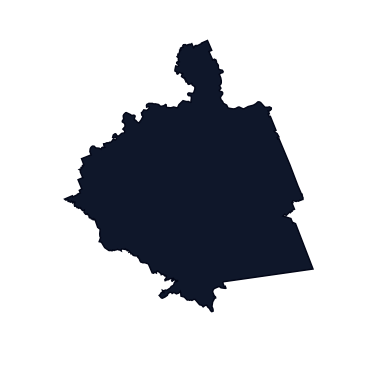 Wingecarribee, New South Wales, Australia, rotated 58°
{"feature_id": "25037944B71438306812596", "entity_name": "Wingecarribee", "entity_type": "district", "adm_level": 2, "iso_a3": "AUS", "parent_name": "Australia", "parent_adm1": "New South Wales", "projection": "mercator", "projection_center": [150.329, -34.491], "detail": "fine", "context": "isolated", "style": "filled", "palette": "ink", "viewbox_px": 384, "rotation_deg": 58, "n_neighbors": 0, "source": "geoboundaries", "source_scale": "gbopen_adm2", "svg_char_len": 6037}
<svg xmlns="http://www.w3.org/2000/svg" viewBox="0 0 384 384"><g transform="rotate(58 192 192)"><path d="M184.9,297.0L186.6,295.4L192.9,295.5L197.5,293.5L198.3,292.5L198.4,291.7L199.5,291.0L199.2,289.8L200.3,289.0L200.3,287.9L200.7,287.6L201.2,285.4L202.0,285.0L202.5,284.2L204.4,283.2L203.5,282.9L203.2,281.4L205.0,279.4L204.9,278.7L206.0,278.5L206.3,278.0L207.4,278.0L207.2,277.3L208.8,276.4L209.6,277.3L209.8,276.5L211.1,276.2L212.1,276.5L212.9,275.4L214.3,275.5L215.2,274.9L217.8,271.8L218.5,272.5L220.8,272.0L221.7,272.4L224.1,272.6L226.0,271.1L227.0,269.4L229.9,267.1L239.5,268.6L240.6,267.5L240.2,266.7L240.3,266.0L241.9,265.1L240.6,264.1L240.9,262.9L244.6,261.6L245.8,261.9L246.3,260.1L248.9,259.4L248.8,258.6L250.3,258.6L251.5,259.8L251.9,261.4L252.9,261.8L253.2,261.1L252.8,260.3L253.8,258.7L253.8,256.6L255.4,253.4L256.1,253.5L256.0,256.0L257.7,256.3L257.0,255.9L257.0,254.0L257.7,252.7L259.7,252.0L259.6,251.2L259.9,251.3L259.9,252.4L259.0,253.4L259.6,255.0L261.1,256.8L261.3,258.1L261.1,259.6L261.9,261.3L262.0,264.8L262.0,265.5L261.1,266.5L260.7,268.7L259.7,269.2L260.5,269.5L262.9,268.6L261.2,270.5L261.2,271.7L262.2,273.5L262.3,274.6L265.6,274.1L266.4,273.3L266.7,270.5L266.5,267.6L265.4,266.1L265.3,263.7L266.5,262.6L267.5,262.6L267.5,260.5L270.1,259.2L270.6,257.0L270.5,255.3L270.1,254.6L271.2,254.8L274.5,256.5L277.0,254.2L281.1,253.3L281.6,252.1L282.5,251.5L282.8,250.3L283.9,249.5L284.0,247.4L284.7,246.3L291.6,245.3L293.3,243.7L295.3,243.4L295.1,241.2L295.7,239.5L297.8,239.6L300.1,238.9L302.6,239.1L304.0,238.6L304.2,237.2L302.5,236.3L300.6,235.9L300.5,236.3L300.0,236.1L295.8,232.4L295.5,231.3L294.5,230.4L294.6,229.9L294.1,229.2L294.4,228.1L293.6,227.7L291.8,228.1L291.6,228.6L291.2,228.1L287.7,227.5L286.7,226.6L285.9,225.4L285.7,224.0L286.3,219.8L287.0,218.6L288.2,218.4L288.9,217.8L291.4,214.8L291.5,214.2L289.5,213.8L289.3,214.8L285.2,214.0L284.8,212.8L321.4,130.2L273.7,121.0L271.1,122.7L271.3,123.0L266.9,122.2L260.6,127.7L260.0,125.0L261.8,124.6L260.7,119.8L261.6,119.6L261.2,117.7L261.3,117.3L260.5,117.2L260.9,114.2L253.9,113.0L254.4,112.0L253.4,111.9L253.1,111.2L253.1,110.6L255.2,108.7L255.2,107.5L256.0,106.9L256.3,106.0L256.1,105.0L256.7,104.2L256.6,103.3L257.1,101.9L256.1,101.5L256.0,101.0L253.0,100.5L253.0,100.1L251.9,99.9L251.8,100.3L243.2,99.0L220.9,94.6L192.8,90.0L192.6,91.1L191.0,90.8L191.3,89.1L187.5,88.9L185.3,89.9L183.9,90.0L184.2,88.1L169.4,85.5L169.2,86.6L166.3,86.1L166.6,85.0L164.0,84.5L164.4,84.2L164.1,83.5L164.2,82.1L163.8,81.8L163.8,80.9L162.7,80.2L160.9,81.2L160.2,83.1L158.7,85.3L152.4,86.4L151.0,87.4L150.5,88.5L151.0,91.1L150.9,94.0L149.3,99.1L149.0,103.7L148.6,104.6L145.0,106.9L144.5,107.8L144.3,111.0L143.5,112.9L140.2,116.6L139.7,116.9L136.6,116.6L133.5,118.4L131.3,118.1L129.0,118.5L127.6,118.1L126.5,117.5L125.2,114.2L124.1,113.4L123.1,113.4L121.2,115.0L120.4,115.1L119.9,114.6L119.5,112.7L118.9,112.4L116.4,112.5L115.8,110.5L115.0,109.4L113.3,108.3L110.6,107.2L106.6,106.5L106.5,104.5L107.0,102.6L106.4,101.8L104.8,101.8L103.1,103.6L102.2,104.1L101.1,104.1L98.4,102.5L94.8,102.7L94.1,102.0L92.3,101.8L92.1,103.0L91.2,102.8L91.0,104.5L81.8,103.2L82.3,100.2L71.7,98.6L70.8,104.8L71.2,104.8L70.9,108.5L70.5,111.1L69.8,111.0L69.7,112.5L70.7,113.7L70.6,114.3L66.1,113.6L66.2,115.3L65.7,115.3L65.3,116.2L64.9,117.9L65.2,118.6L63.5,119.5L62.6,121.2L63.2,122.4L64.7,122.8L63.9,124.3L64.0,125.6L64.9,125.6L65.1,127.1L65.9,126.8L65.9,127.6L68.0,129.9L67.6,130.9L68.9,131.6L69.3,133.0L71.0,132.4L73.1,133.8L75.0,133.7L75.1,134.2L73.9,135.3L74.0,136.3L74.8,136.8L76.9,136.0L77.8,136.2L78.1,137.3L76.5,139.0L79.7,142.0L80.7,142.3L82.1,141.2L83.3,142.0L84.2,142.0L84.4,141.2L83.8,139.2L85.8,138.0L86.6,137.0L87.5,137.8L87.4,138.7L88.5,139.7L91.0,138.6L91.0,137.9L91.3,137.7L93.2,138.5L94.2,137.9L95.2,138.8L96.5,137.8L98.5,138.1L99.0,137.7L99.7,134.7L101.2,135.1L103.9,133.9L104.9,134.1L106.3,135.1L108.7,138.0L108.6,139.5L106.3,142.1L106.3,143.2L106.6,143.7L107.4,144.0L108.5,143.8L109.6,142.3L110.2,142.0L111.8,142.6L115.3,145.4L115.0,146.2L113.4,147.0L112.3,148.9L109.8,151.2L111.0,156.8L112.8,159.4L112.5,160.3L110.2,162.5L109.4,165.3L107.0,168.5L105.8,168.6L104.5,167.7L103.8,168.0L103.9,170.3L102.8,173.3L100.1,174.0L97.9,176.3L97.0,177.9L95.9,178.6L94.0,181.6L93.8,183.9L94.4,184.7L96.0,185.5L96.6,183.6L97.3,183.4L98.0,183.6L98.4,184.5L98.9,187.0L96.8,189.4L97.9,191.6L98.0,192.9L100.5,193.8L101.5,193.4L102.1,193.7L104.0,196.9L105.3,200.4L103.8,201.4L101.6,201.7L100.1,202.5L99.3,202.1L97.5,200.0L96.7,200.1L96.0,200.6L95.1,202.8L94.0,203.0L89.9,205.6L89.6,206.3L90.2,208.8L91.0,210.0L93.9,211.3L94.9,213.5L95.6,213.9L98.1,212.8L98.9,213.0L101.0,214.0L102.0,217.3L104.2,216.7L105.3,217.1L105.8,217.7L105.9,218.6L105.1,220.2L105.1,221.1L105.6,223.4L105.6,225.2L104.3,225.8L102.5,225.8L102.0,226.1L101.8,226.9L102.0,228.6L103.6,230.3L105.0,228.8L105.0,227.7L106.8,227.6L107.1,227.9L107.3,229.6L105.4,230.7L106.4,232.7L106.8,235.1L106.1,235.6L106.1,236.9L105.2,238.0L104.9,240.2L104.3,241.4L106.8,242.4L107.9,242.3L107.6,243.4L106.6,244.3L106.7,245.2L107.5,246.6L105.6,247.6L103.7,250.2L101.2,250.8L100.3,252.2L100.6,254.0L101.5,255.5L103.7,257.2L107.1,257.8L105.2,268.0L111.8,269.3L111.5,270.8L112.7,271.0L112.4,273.0L113.6,273.2L113.2,275.7L114.4,275.1L115.9,276.1L122.0,277.0L121.2,282.1L131.0,283.8L130.9,286.7L133.6,287.2L133.2,290.1L133.6,290.2L133.4,291.7L133.9,292.1L133.5,292.0L132.9,295.7L131.8,295.5L130.5,303.8L131.8,303.4L133.1,301.3L134.3,302.0L135.2,300.8L136.1,300.6L136.4,299.5L136.1,299.1L137.8,299.0L137.2,297.9L138.3,297.9L138.0,297.2L138.7,296.6L140.0,298.3L141.8,299.0L142.0,298.4L143.3,297.7L144.4,297.7L144.9,296.8L145.6,296.7L145.5,296.1L146.4,295.5L146.0,294.2L146.2,294.8L147.1,295.0L149.6,294.7L150.3,293.8L150.3,292.9L152.1,294.3L154.4,294.0L154.9,293.6L155.1,292.2L155.9,292.4L157.4,291.7L158.3,292.4L159.5,292.6L159.9,291.6L161.5,291.6L162.0,290.6L163.1,290.6L163.5,289.9L163.0,289.4L164.1,289.2L163.4,288.7L172.0,290.7L175.0,289.6L178.6,292.4L180.7,293.5L182.3,293.7L184.9,297.0Z" fill="#0f172a" stroke="#020617" stroke-width="1.5"/></g></svg>